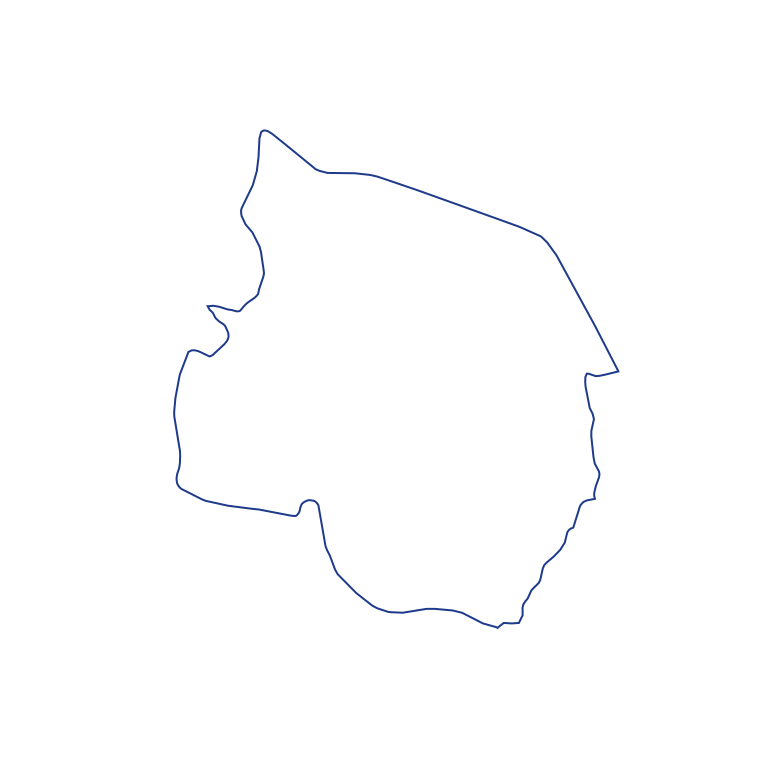 an SVG outline of Oruro, rotated 223°
{"feature_id": "BOL-1937", "entity_name": "Oruro", "entity_type": "Department", "adm_level": 1, "iso_a3": "BOL", "parent_name": "Bolivia", "parent_adm1": "", "projection": "albers", "projection_center": [-67.639, -18.613], "detail": "fine", "context": "isolated", "style": "outline", "palette": "blue", "viewbox_px": 768, "rotation_deg": 223, "n_neighbors": 0, "source": "natural_earth", "source_scale": "10m", "svg_char_len": 2506}
<svg xmlns="http://www.w3.org/2000/svg" viewBox="0 0 768 768"><g transform="rotate(223 384 384)"><path d="M151.4,443.9L156.4,437.0L157.7,433.7L157.7,429.8L157.2,428.0L147.7,408.2L147.7,407.8L148.9,405.4L149.2,403.1L148.8,400.7L147.6,398.4L143.6,391.3L142.0,382.6L142.2,373.5L143.2,365.0L143.3,360.9L142.0,357.3L135.9,346.9L135.2,344.0L135.5,334.3L135.2,332.8L132.7,325.3L132.5,323.7L132.5,321.9L131.8,317.8L130.1,314.9L124.9,309.4L122.4,301.2L127.4,295.9L133.5,290.9L134.7,283.3L134.6,283.1L136.3,282.6L148.5,276.3L170.7,270.0L179.2,265.3L193.5,254.2L199.5,248.6L214.3,229.5L223.7,221.5L225.3,220.3L235.9,215.4L241.5,213.9L261.7,212.2L288.1,213.3L293.2,214.9L306.6,221.6L312.2,223.6L316.0,225.4L349.2,250.5L350.1,250.8L351.1,251.1L353.2,251.2L355.4,250.9L359.0,248.5L360.2,247.2L361.1,245.4L361.6,244.1L362.1,242.3L362.2,241.1L362.2,240.0L362.0,239.2L361.0,236.7L359.4,234.1L358.8,232.9L358.4,231.4L358.2,228.9L358.4,227.7L359.0,226.8L362.2,224.3L390.2,206.7L394.2,203.6L414.9,188.7L434.8,176.9L438.4,175.5L460.5,169.1L462.0,169.0L463.6,169.1L465.7,169.6L466.9,170.0L468.0,170.6L470.5,172.6L471.9,174.2L473.0,175.8L474.1,177.6L476.3,182.5L479.1,186.7L483.2,191.4L483.7,192.1L487.6,195.9L515.2,217.2L518.2,220.2L527.0,231.5L539.7,251.5L548.9,274.1L547.5,277.6L545.8,279.2L543.9,280.5L541.9,281.5L530.3,285.2L529.1,288.0L527.9,304.4L528.2,308.4L528.9,310.6L529.9,312.5L531.3,313.9L532.9,315.2L538.6,317.7L540.7,318.2L542.8,318.1L547.2,317.3L551.6,317.3L553.4,317.7L556.9,319.1L558.5,319.4L562.2,319.4L566.0,320.6L562.1,324.9L557.2,328.1L549.6,331.7L545.4,334.5L541.8,336.3L540.0,337.9L539.3,339.1L539.2,340.2L539.5,346.0L539.4,349.0L539.1,351.1L537.4,359.0L537.3,361.0L537.4,363.3L537.5,364.0L537.6,364.3L539.7,367.5L545.6,380.5L546.9,382.6L547.9,383.7L549.8,385.3L563.8,396.5L568.7,399.6L583.6,405.1L594.2,406.3L602.8,409.8L605.3,411.8L607.2,413.9L608.1,415.8L615.4,439.4L615.8,440.4L622.1,452.8L630.3,464.1L642.6,478.7L645.6,484.4L645.4,486.1L644.6,487.7L643.0,488.9L641.0,489.8L636.1,490.7L615.6,492.2L580.3,494.5L576.3,496.0L569.2,499.9L549.1,518.2L536.8,527.4L530.2,531.2L495.4,546.9L444.4,568.9L392.4,591.2L369.8,599.0L361.1,598.8L345.7,595.8L269.3,570.4L222.0,553.4L221.2,553.0L228.6,541.7L232.3,536.5L234.6,534.1L241.3,531.1L242.7,529.9L241.5,526.5L238.5,523.0L235.0,519.7L217.1,506.7L211.1,504.5L206.5,501.5L200.5,491.3L196.7,487.1L180.8,473.3L175.5,469.5L167.5,466.8L165.2,465.3L163.3,462.8L159.3,453.5L156.1,447.9L154.1,445.6L151.4,443.9Z" fill="none" stroke="#1e3a8a" stroke-width="2"/></g></svg>